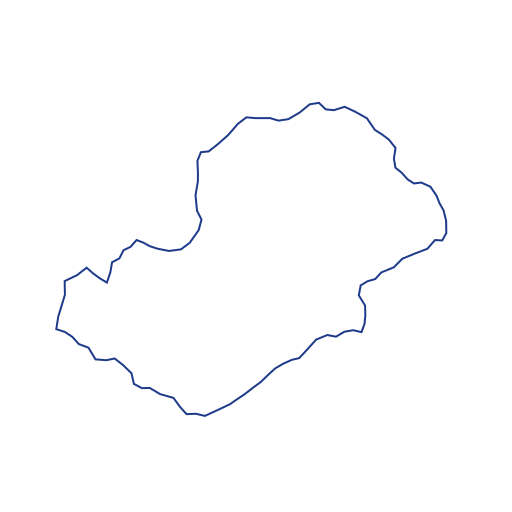 the district of Bom Jesus dos Perdões, São Paulo, Brazil, rotated 205°
{"feature_id": "56859067B70842642043037", "entity_name": "Bom Jesus dos Perdões", "entity_type": "district", "adm_level": 2, "iso_a3": "BRA", "parent_name": "Brazil", "parent_adm1": "São Paulo", "projection": "albers", "projection_center": [-46.478, -23.173], "detail": "fine", "context": "isolated", "style": "outline", "palette": "blue", "viewbox_px": 512, "rotation_deg": 205, "n_neighbors": 0, "source": "geoboundaries", "source_scale": "gbopen_adm2", "svg_char_len": 1518}
<svg xmlns="http://www.w3.org/2000/svg" viewBox="0 0 512 512"><g transform="rotate(205 256 256)"><path d="M175.2,412.9L184.7,417.6L192.9,419.4L201.5,420.5L213.7,427.7L227.2,428.7L238.7,428.7L247.2,421.0L254.8,418.4L263.7,421.4L271.4,416.2L277.1,404.4L284.5,393.7L292.8,388.2L301.6,386.9L314.3,380.9L323.3,377.6L328.3,368.1L332.3,354.0L337.6,341.8L343.1,330.8L349.8,326.8L349.3,317.5L344.0,307.3L340.3,299.3L336.5,285.5L328.6,272.1L320.8,266.0L318.9,255.3L321.6,240.1L326.8,230.3L337.0,223.8L348.3,221.0L356.5,220.0L363.8,220.5L371.0,220.0L373.6,211.2L378.5,205.3L378.8,196.1L383.8,189.5L381.1,179.6L379.9,168.9L388.3,169.8L396.3,171.4L404.6,173.8L410.1,163.0L418.8,152.4L412.8,140.1L411.3,129.8L409.6,117.5L406.1,105.3L397.1,106.4L388.3,105.1L379.3,101.3L369.1,102.1L357.8,94.5L347.6,98.3L340.8,103.4L330.2,100.9L319.3,97.1L312.6,88.5L303.6,88.0L296.6,91.5L284.6,90.3L270.8,92.5L261.4,87.3L252.1,83.3L243.8,87.6L234.7,89.5L226.4,99.3L217.1,110.5L213.3,117.0L208.1,125.6L202.6,136.2L198.4,143.9L195.2,152.3L191.2,162.1L185.9,169.8L179.6,177.1L173.7,181.7L170.2,192.5L166.2,205.6L158.0,214.5L149.4,216.7L143.9,224.7L136.6,229.8L128.2,231.6L129.0,240.6L131.9,248.6L136.2,257.2L146.2,263.8L148.7,273.6L144.4,280.1L138.2,285.5L135.4,294.2L126.3,304.0L122.2,315.4L113.2,325.2L103.7,335.0L100.5,346.1L93.8,348.8L93.2,357.2L98.6,368.3L105.3,376.6L112.0,381.4L117.8,386.9L127.2,392.5L137.3,392.4L143.5,388.5L151.0,389.5L158.8,392.9L167.0,395.0L172.2,402.6L175.2,412.9Z" fill="none" stroke="#1e3a8a" stroke-width="2"/></g></svg>